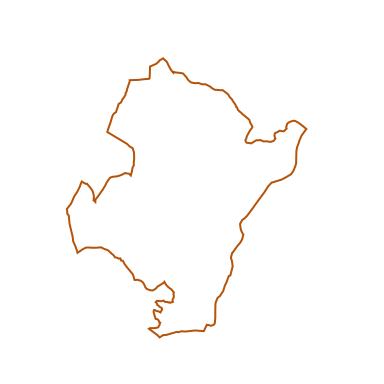 outline of Girga, Suhaj, Egypt, rotated 252°
{"feature_id": "37247803B67165443918142", "entity_name": "Girga", "entity_type": "district", "adm_level": 2, "iso_a3": "EGY", "parent_name": "Egypt", "parent_adm1": "Suhaj", "projection": "mercator", "projection_center": [31.856, 26.307], "detail": "fine", "context": "isolated", "style": "outline", "palette": "amber", "viewbox_px": 384, "rotation_deg": 252, "n_neighbors": 0, "source": "geoboundaries", "source_scale": "gbopen_adm2", "svg_char_len": 4279}
<svg xmlns="http://www.w3.org/2000/svg" viewBox="0 0 384 384"><g transform="rotate(252 192 192)"><path d="M317.6,167.3L316.6,167.0L314.2,165.3L311.3,163.1L309.5,161.8L308.1,161.1L306.5,159.4L305.2,159.0L304.2,157.9L302.5,155.9L301.9,154.8L301.8,154.7L299.1,152.1L298.4,149.4L295.3,147.3L293.2,145.6L291.6,144.7L291.2,143.7L291.0,142.7L289.8,140.6L287.5,138.8L283.2,135.9L277.5,131.5L275.2,130.0L257.7,145.2L254.5,146.8L252.0,149.1L250.4,149.1L247.2,149.0L241.6,147.3L237.6,145.6L235.2,144.8L233.7,143.1L230.5,141.4L226.6,138.9L228.2,138.1L229.0,137.4L229.8,135.8L230.7,134.2L230.0,130.1L230.0,126.9L230.1,125.2L231.0,121.2L231.0,118.8L229.5,116.4L228.1,114.7L227.6,114.0L225.4,111.9L222.0,108.1L219.6,104.8L217.7,102.3L216.9,101.2L214.7,97.9L212.4,97.0L213.4,96.5L214.5,95.8L217.9,97.3L220.2,97.6L221.8,97.8L223.5,97.7L224.3,97.6L227.6,96.6L229.1,96.0L232.4,94.6L232.4,93.8L234.4,91.7L235.7,90.6L235.8,90.6L236.0,90.5L235.1,89.5L231.6,86.8L227.4,82.7L224.2,78.6L219.7,74.7L218.2,73.2L214.7,68.1L214.6,67.9L214.5,67.7L212.7,67.5L210.0,66.7L207.5,67.5L203.5,66.6L199.5,65.7L186.7,64.7L181.9,63.8L175.5,64.4L170.6,64.4L169.6,64.3L170.4,67.4L171.2,69.9L171.9,73.9L171.0,77.1L170.2,78.7L168.4,84.4L167.5,88.4L165.1,90.8L162.6,94.0L160.1,95.5L158.5,96.3L156.1,97.9L153.6,98.6L152.8,100.2L152.0,101.0L151.2,101.8L151.1,103.2L150.3,103.4L148.7,103.4L147.9,105.0L143.9,105.7L139.8,107.2L135.8,108.8L131.7,110.3L129.3,110.3L126.9,110.2L126.1,110.2L125.2,113.4L124.4,114.2L123.6,115.8L121.1,117.4L117.9,118.1L116.3,118.1L113.9,118.9L111.4,122.0L110.5,124.4L111.3,127.7L112.8,130.2L113.5,133.4L114.3,136.7L115.1,138.0L113.4,138.3L111.0,139.0L109.4,139.8L106.9,141.4L106.1,142.1L102.1,143.7L100.5,142.8L99.7,142.8L97.3,142.0L95.7,140.3L94.4,139.8L93.4,139.9L93.4,138.7L93.4,137.0L94.2,136.3L94.2,135.4L95.0,134.7L95.9,132.2L97.5,131.5L97.6,129.0L99.3,125.0L98.5,123.4L96.9,124.2L95.3,124.1L94.5,124.9L92.8,125.7L92.0,126.5L91.2,127.3L89.6,127.3L88.0,125.6L87.2,124.8L88.9,123.2L89.7,121.6L90.5,120.8L91.4,120.0L91.4,119.2L89.8,118.4L88.2,118.3L83.4,118.2L82.6,118.2L81.7,119.8L80.1,120.6L78.5,120.6L77.7,121.4L76.9,120.5L76.1,120.5L75.3,119.7L73.8,118.1L73.8,115.6L74.7,112.4L75.5,110.0L75.2,108.8L73.2,110.2L66.6,114.9L63.7,116.3L64.8,120.3L64.0,123.5L63.8,130.8L63.7,134.0L62.9,135.6L62.9,136.4L62.8,138.9L61.3,142.8L59.3,152.3L56.0,160.2L61.1,165.0L60.6,165.5L60.6,166.3L58.9,168.7L58.9,171.1L59.7,172.8L61.3,173.6L65.2,175.3L73.2,177.9L78.0,179.6L79.6,180.4L83.5,183.7L84.3,186.2L88.2,191.1L93.2,194.6L94.5,196.1L100.8,201.1L100.8,202.7L108.7,207.7L113.5,208.6L117.5,208.7L121.4,211.2L123.0,213.6L126.1,217.7L129.2,222.6L131.6,225.1L135.5,227.6L138.8,227.0L139.5,226.9L142.0,226.9L146.8,227.8L149.1,230.3L149.9,231.1L150.6,233.6L152.2,236.8L156.8,243.4L162.3,250.8L169.3,260.6L174.0,266.4L174.5,267.4L176.3,270.5L176.2,272.9L176.2,275.3L176.1,281.0L176.8,285.0L178.2,291.5L180.6,294.8L184.5,298.1L186.9,299.8L194.0,302.3L198.8,304.0L202.0,305.7L205.1,308.2L207.5,309.9L211.4,313.2L214.5,317.3L216.6,320.2L219.4,318.5L221.8,316.9L225.1,314.5L227.6,312.2L228.4,310.6L228.5,306.5L228.3,305.8L227.8,304.1L227.0,303.3L224.6,301.6L223.0,301.6L221.5,298.3L221.5,297.5L223.2,294.3L222.4,291.0L222.5,289.4L221.7,288.6L220.1,287.8L218.5,287.7L216.9,287.7L215.3,285.2L215.4,283.6L215.4,282.0L217.1,278.8L218.0,275.6L219.6,274.0L220.5,272.4L220.5,271.6L221.3,269.2L220.6,265.9L219.9,263.5L220.7,261.9L221.9,259.3L223.2,258.7L224.8,258.8L226.4,260.4L227.9,261.2L229.5,262.9L231.1,264.5L232.6,266.2L234.2,268.6L235.0,269.5L235.8,269.5L236.6,269.5L239.3,268.9L239.8,268.8L243.0,268.8L245.5,267.3L250.4,264.1L252.0,263.3L254.4,261.8L256.0,261.0L258.5,261.0L259.3,260.3L261.7,260.3L266.5,258.8L267.3,258.8L269.8,257.6L270.6,257.2L273.8,256.5L279.5,252.6L279.5,251.8L281.2,247.8L282.1,245.4L284.6,243.0L286.2,242.2L290.3,238.2L291.2,235.0L293.7,231.8L294.3,229.4L294.5,228.6L296.2,225.4L297.0,224.6L299.5,223.1L301.9,222.3L302.7,222.3L304.3,221.5L305.8,220.9L307.6,220.0L308.4,218.4L309.1,217.1L311.0,212.8L311.8,212.0L311.0,211.2L312.6,210.4L315.1,209.6L319.1,208.9L323.9,208.2L326.4,206.6L328.0,205.9L327.3,202.6L327.3,201.8L326.5,201.0L325.0,197.7L324.7,195.1L324.3,190.9L313.7,187.0L312.9,186.4L313.3,184.5L314.0,181.7L315.3,175.2L317.6,167.3Z" fill="none" stroke="#b45309" stroke-width="2"/></g></svg>